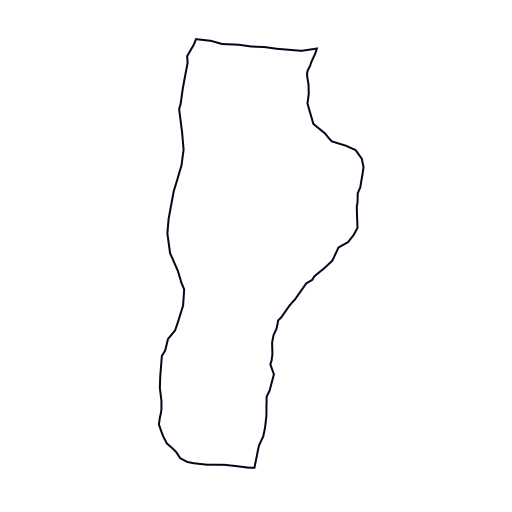 the district of Obi, Nassarawa, Nigeria, rotated 98°
{"feature_id": "59680162B90915593246984", "entity_name": "Obi", "entity_type": "district", "adm_level": 2, "iso_a3": "NGA", "parent_name": "Nigeria", "parent_adm1": "Nassarawa", "projection": "mercator", "projection_center": [8.77, 8.367], "detail": "fine", "context": "isolated", "style": "outline", "palette": "ink", "viewbox_px": 512, "rotation_deg": 98, "n_neighbors": 0, "source": "geoboundaries", "source_scale": "gbopen_adm2", "svg_char_len": 2393}
<svg xmlns="http://www.w3.org/2000/svg" viewBox="0 0 512 512"><g transform="rotate(98 256 256)"><path d="M424.8,328.3L429.5,328.7L436.4,328.7L443.5,325.0L447.6,322.8L449.1,321.7L454.1,318.1L456.4,314.5L457.7,312.6L459.6,309.9L461.3,307.7L465.2,304.3L466.7,303.1L468.2,299.0L469.5,295.3L469.9,289.1L469.7,282.4L469.5,275.4L468.7,269.7L467.3,259.1L467.1,257.3L467.0,251.2L466.9,250.2L466.7,239.7L466.7,234.2L466.3,231.2L466.0,228.1L459.6,227.7L454.8,227.4L448.9,227.1L443.4,226.7L433.5,223.7L433.0,223.6L431.8,223.6L428.6,223.4L425.4,223.2L421.9,223.2L419.0,223.3L415.2,223.4L413.1,223.4L410.4,223.8L405.5,224.4L403.7,224.7L400.8,225.0L398.3,225.3L393.9,225.9L387.4,223.8L385.0,223.5L383.3,223.3L380.5,223.0L376.7,222.5L370.7,221.8L363.3,225.7L361.3,226.7L357.3,226.0L354.5,226.1L351.8,226.0L347.7,226.6L344.9,227.1L342.0,227.6L339.6,228.0L331.8,227.6L326.6,226.0L324.9,225.5L322.6,225.4L319.8,225.2L316.7,225.1L313.5,222.6L308.0,219.8L303.7,217.6L299.8,215.6L295.2,212.5L293.7,211.4L291.1,210.1L280.0,204.4L276.1,202.4L271.9,197.1L267.9,195.3L263.8,191.5L261.9,189.8L259.5,187.5L258.1,186.3L253.2,182.3L249.9,179.7L241.7,177.2L236.1,175.5L232.8,171.2L231.4,169.3L231.1,169.0L230.8,168.5L229.5,166.8L225.0,164.2L221.8,162.3L218.3,161.0L214.0,159.4L211.4,159.9L209.5,160.2L206.6,160.7L203.6,161.3L197.1,162.4L192.8,163.1L190.7,163.0L189.3,162.9L186.3,163.2L179.7,164.0L173.6,162.3L168.1,162.2L165.2,162.1L163.3,162.0L160.4,161.9L158.4,161.9L155.8,161.9L153.1,161.9L149.6,163.1L145.0,164.8L140.5,169.0L137.2,172.2L135.1,179.6L134.3,182.1L133.2,189.1L132.2,195.1L132.0,196.4L131.9,197.0L128.9,200.6L126.6,203.0L124.9,204.8L123.3,207.6L119.7,213.5L117.2,217.6L110.4,220.6L106.5,222.4L102.9,224.0L97.6,226.3L97.4,226.3L91.3,226.3L88.2,226.3L83.6,227.1L80.5,227.6L80.1,227.6L79.1,227.8L72.0,230.0L68.2,230.9L64.9,230.6L60.5,229.0L55.9,228.1L47.6,225.6L42.1,224.6L46.5,239.5L47.9,264.3L47.9,276.3L49.2,289.8L49.2,302.7L50.8,319.2L49.2,330.4L49.6,345.6L55.1,346.9L67.7,352.0L74.3,350.6L84.4,351.1L93.0,351.5L100.8,351.8L116.0,351.8L117.3,352.0L121.2,352.6L143.8,346.4L160.8,342.5L176.6,342.4L194.0,345.0L199.0,345.8L203.4,346.5L231.5,347.7L246.0,346.9L265.1,341.5L281.8,331.2L292.8,326.2L299.0,322.5L302.7,322.2L315.3,321.3L332.9,324.2L341.0,325.8L350.4,331.6L362.3,332.8L368.0,335.3L388.4,334.1L400.3,332.8L412.5,329.5L421.1,328.3L424.8,328.3Z" fill="none" stroke="#020617" stroke-width="2"/></g></svg>